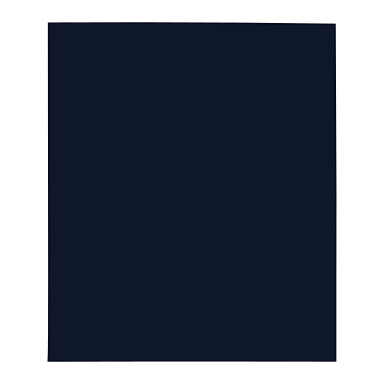 the district of Dodge, Minnesota, United States of America
{"feature_id": "52423323B23737543876644", "entity_name": "Dodge", "entity_type": "district", "adm_level": 2, "iso_a3": "USA", "parent_name": "United States of America", "parent_adm1": "Minnesota", "projection": "robinson", "projection_center": [-92.863, 44.023], "detail": "fine", "context": "isolated", "style": "filled", "palette": "ink", "viewbox_px": 384, "rotation_deg": 0, "n_neighbors": 0, "source": "geoboundaries", "source_scale": "gbopen_adm2", "svg_char_len": 312}
<svg xmlns="http://www.w3.org/2000/svg" viewBox="0 0 384 384"><path d="M335.0,24.4L241.3,23.4L142.8,23.0L52.3,23.2L48.6,23.2L48.9,276.4L48.8,332.4L48.6,351.7L48.3,361.0L139.0,360.8L241.1,360.8L327.0,360.9L335.6,360.9L335.6,276.8L335.7,192.9L335.0,24.4Z" fill="#0f172a" stroke="#020617" stroke-width="1.5"/></svg>